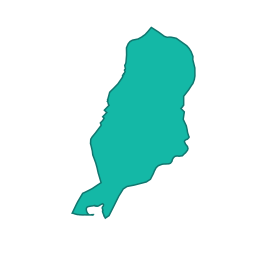 outline of Kotawaringin Timur, Kalimantan Tengah, Indonesia, rotated 44°
{"feature_id": "22746128B94284518008212", "entity_name": "Kotawaringin Timur", "entity_type": "district", "adm_level": 2, "iso_a3": "IDN", "parent_name": "Indonesia", "parent_adm1": "Kalimantan Tengah", "projection": "orthographic", "projection_center": [112.934, -2.23], "detail": "fine", "context": "isolated", "style": "filled", "palette": "teal", "viewbox_px": 256, "rotation_deg": 44, "n_neighbors": 0, "source": "geoboundaries", "source_scale": "gbopen_adm2", "svg_char_len": 4244}
<svg xmlns="http://www.w3.org/2000/svg" viewBox="0 0 256 256"><g transform="rotate(44 128 128)"><path d="M74.9,39.5L75.2,43.6L75.3,44.5L75.4,49.0L74.8,52.0L74.7,52.9L73.4,57.0L70.2,61.7L69.4,64.3L69.6,67.1L71.2,71.4L76.2,76.4L80.4,81.5L81.1,82.4L81.7,83.6L82.1,85.2L83.3,86.0L84.9,87.1L85.2,87.6L85.1,88.5L85.6,89.1L86.5,89.2L86.8,89.5L87.3,91.4L87.1,91.9L87.8,92.4L87.8,92.9L87.4,93.6L87.8,94.3L88.6,94.8L88.8,95.6L89.2,97.8L90.1,103.3L90.1,104.1L90.1,105.2L90.1,107.4L90.1,110.0L90.0,112.4L90.0,113.8L90.0,115.0L93.6,121.5L93.7,121.9L94.2,121.9L94.2,122.3L94.8,123.1L94.8,123.3L95.6,123.3L96.4,123.9L96.7,124.0L97.0,124.4L98.6,124.8L98.6,131.6L102.0,131.6L102.0,137.5L104.0,137.5L104.6,140.3L104.6,143.6L106.3,144.3L106.9,144.9L107.1,146.6L107.2,147.5L107.7,151.7L108.0,154.0L108.2,156.3L108.4,159.2L109.0,161.9L109.2,162.2L111.9,165.3L114.1,166.6L118.4,169.4L121.3,171.8L124.7,173.4L125.9,174.0L129.0,175.5L133.4,178.1L135.8,179.7L138.1,181.2L138.7,181.5L146.6,186.0L144.4,196.3L144.1,197.3L143.9,197.9L141.9,203.6L141.3,205.2L141.0,205.9L140.8,206.5L143.0,215.7L143.8,218.4L145.0,222.0L147.0,228.0L147.4,227.7L147.5,227.7L147.9,227.5L148.0,227.4L148.3,227.2L148.5,227.1L149.0,226.9L149.5,226.7L150.0,226.4L150.4,226.2L151.0,225.8L151.3,225.7L151.6,225.5L151.7,225.4L152.1,225.1L152.3,224.9L152.8,224.5L152.9,224.4L153.4,224.1L154.0,223.6L154.4,223.1L154.6,223.0L155.0,222.7L155.9,221.9L156.4,221.4L156.5,221.3L156.6,221.2L157.1,220.6L157.8,220.0L158.7,219.2L158.8,219.0L159.0,218.9L160.0,217.9L160.6,217.3L161.2,216.8L162.5,215.6L163.0,215.2L163.2,214.9L162.9,214.7L162.8,214.9L162.6,215.1L162.8,215.1L162.9,214.9L163.0,214.8L163.0,215.0L162.9,215.0L162.7,215.2L162.7,215.3L162.2,215.8L161.8,216.2L161.1,216.9L160.7,217.2L160.6,217.3L160.3,217.4L160.1,217.4L160.0,217.5L160.0,217.4L159.0,217.5L158.9,217.5L158.3,217.4L158.1,217.4L157.7,217.3L157.4,217.2L156.9,217.0L156.2,216.7L155.9,216.5L155.6,216.4L155.4,216.2L155.0,215.9L154.8,215.8L154.4,215.4L154.2,215.2L153.9,214.7L153.7,214.2L153.6,213.9L153.6,213.2L153.7,212.9L153.7,212.7L153.9,212.4L153.9,212.2L154.0,212.1L154.2,211.9L154.4,211.6L154.9,210.8L155.0,210.7L155.2,210.4L155.3,210.3L156.0,209.4L156.5,208.8L157.0,208.1L157.2,207.8L157.3,207.6L157.5,207.2L157.8,206.9L157.9,207.0L158.0,207.0L158.4,207.0L158.4,206.9L158.7,206.8L158.8,206.7L159.0,206.4L159.1,206.5L159.4,206.4L159.8,206.0L160.2,205.7L160.5,205.2L160.8,204.8L160.8,204.7L161.0,204.2L161.3,203.3L161.4,202.8L161.6,202.1L161.8,201.4L162.0,200.9L162.3,200.1L163.5,200.0L163.7,200.3L163.8,200.3L163.7,200.3L163.8,200.4L163.9,200.5L164.0,200.6L164.2,200.8L164.3,201.0L164.4,201.3L164.5,201.4L164.5,201.5L164.5,201.8L164.5,202.1L164.5,202.4L164.6,202.8L164.7,203.1L164.9,203.3L165.0,203.4L165.2,203.6L165.3,203.6L165.6,203.7L165.6,203.8L165.8,203.9L166.2,204.1L166.6,204.3L166.7,204.5L166.8,204.5L167.0,204.6L167.3,204.8L167.3,205.0L167.4,205.5L167.6,205.6L168.2,206.1L168.5,206.2L169.2,206.6L169.8,206.8L170.1,207.0L171.2,207.5L171.4,207.7L171.6,207.7L171.8,207.7L171.8,207.8L172.0,208.0L172.3,208.0L172.7,208.2L172.9,208.2L173.1,208.2L173.3,208.2L173.5,208.3L174.0,208.5L174.3,208.6L175.2,204.2L172.6,195.8L169.0,184.4L168.6,183.1L168.1,180.6L167.2,176.5L166.9,175.0L167.1,174.3L167.9,170.8L169.4,168.6L171.6,165.5L172.4,164.3L178.7,154.0L178.8,153.4L179.7,149.4L179.7,149.2L177.9,143.2L176.7,140.3L176.7,140.1L176.0,137.8L175.9,137.3L175.8,136.9L176.0,133.8L176.2,133.6L177.5,130.8L178.1,129.8L179.3,128.5L179.6,128.2L180.1,127.7L181.0,126.7L181.5,126.2L182.2,125.4L182.3,125.3L183.0,123.8L182.8,121.6L181.8,119.8L181.3,117.7L181.5,115.7L182.7,114.0L183.8,113.2L184.4,112.7L186.4,110.2L186.4,107.8L186.6,105.7L186.4,104.2L186.2,102.6L185.4,101.1L184.2,100.4L183.6,100.0L180.8,99.7L178.1,98.7L177.6,97.7L177.7,96.4L178.4,95.0L178.5,94.7L178.5,92.5L178.0,91.9L177.1,91.6L175.7,90.8L174.5,90.2L172.9,89.1L172.2,88.5L168.5,86.0L161.7,83.4L157.3,77.3L152.5,77.2L152.5,75.2L152.5,74.6L152.2,74.5L152.2,72.9L146.0,66.5L145.1,58.4L144.1,53.3L143.9,52.0L143.8,51.0L141.9,46.8L141.5,46.3L140.0,44.1L134.4,38.4L127.1,33.8L125.0,31.4L120.2,29.2L116.5,28.3L113.1,28.0L100.5,29.9L99.1,30.7L96.1,32.6L94.7,33.8L93.1,35.6L90.5,36.8L89.1,37.0L83.2,37.8L76.1,39.2L74.9,39.5Z" fill="#14b8a6" stroke="#0f766e" stroke-width="1.5"/></g></svg>